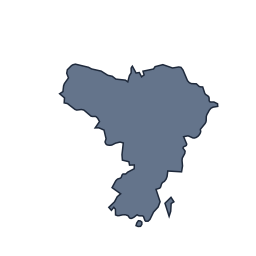 Valladolid, Robinson projection, rotated 213°
{"feature_id": "ESP-5850", "entity_name": "Valladolid", "entity_type": "Autonomous Community", "adm_level": 1, "iso_a3": "ESP", "parent_name": "Spain", "parent_adm1": "", "projection": "robinson", "projection_center": [-4.954, 41.703], "detail": "fine", "context": "isolated", "style": "filled", "palette": "slate", "viewbox_px": 256, "rotation_deg": 213, "n_neighbors": 0, "source": "natural_earth", "source_scale": "10m", "svg_char_len": 2291}
<svg xmlns="http://www.w3.org/2000/svg" viewBox="0 0 256 256"><g transform="rotate(213 128 128)"><path d="M210.6,143.8L209.4,149.5L208.6,151.1L206.9,152.9L194.2,157.4L190.7,157.7L181.5,161.1L173.7,161.2L169.4,162.8L164.8,162.4L156.3,166.7L153.3,166.6L155.3,172.6L155.4,175.7L155.7,176.5L157.9,179.8L158.1,180.7L158.0,182.2L151.2,178.5L148.7,180.7L144.5,178.3L143.4,181.3L146.4,183.8L138.7,191.4L138.7,194.2L133.3,200.1L123.3,202.6L118.7,206.8L116.6,207.7L113.5,206.6L103.9,200.1L101.3,199.4L99.1,199.7L94.7,202.3L91.1,201.6L89.6,202.0L87.7,203.1L82.4,198.8L81.1,198.4L78.4,198.4L77.2,198.1L76.3,197.3L74.9,195.2L73.9,194.6L73.0,194.7L70.1,196.6L66.1,197.1L64.5,195.0L68.0,191.8L69.2,189.8L69.5,187.3L69.1,182.0L68.6,180.3L66.4,176.7L65.9,175.3L65.8,173.5L66.6,166.4L66.1,165.6L65.3,165.0L64.7,163.5L64.5,161.4L64.8,159.2L65.6,157.3L66.8,155.8L68.2,155.0L72.8,154.3L73.8,153.8L76.6,151.0L70.0,146.5L69.6,145.2L70.0,144.2L70.8,143.1L71.2,142.0L70.8,141.0L67.5,139.7L66.5,137.5L66.1,132.4L65.0,130.2L61.6,125.9L59.2,120.4L71.2,113.6L68.8,108.6L68.2,105.9L68.4,103.1L69.4,101.0L69.4,99.3L68.5,96.3L68.6,94.9L71.1,91.8L60.9,83.6L59.7,78.1L60.8,71.4L59.8,63.3L60.4,60.8L62.5,59.4L63.5,59.7L66.8,62.2L68.1,62.2L70.5,60.6L71.8,60.1L72.3,60.2L72.6,60.3L72.8,60.3L73.2,59.9L73.4,59.4L74.4,56.4L75.7,54.2L76.6,53.6L77.7,53.4L80.3,54.5L83.0,53.8L85.3,52.2L87.9,49.5L89.2,48.7L91.1,48.3L94.3,53.0L96.7,53.8L97.1,49.9L100.9,51.0L99.1,58.7L99.6,64.7L98.3,68.8L108.9,69.3L109.5,76.9L109.3,78.3L108.9,79.6L107.0,81.9L106.8,82.8L107.4,85.6L107.2,86.6L106.5,87.2L105.7,87.6L105.0,88.1L104.7,88.7L104.2,90.8L100.6,97.2L102.6,100.4L106.5,97.7L108.9,100.2L115.2,98.0L118.5,102.3L123.8,112.9L127.0,111.9L130.2,108.5L132.3,104.9L134.0,103.5L135.9,102.6L136.8,102.4L137.6,102.5L139.1,103.3L139.7,103.9L140.5,107.0L147.0,113.2L152.5,112.3L155.6,110.2L155.4,117.9L158.8,119.7L160.8,120.1L161.7,119.9L164.1,118.3L165.5,117.8L174.9,119.0L177.2,118.1L180.8,115.1L182.6,114.7L192.1,115.5L195.2,114.3L197.7,118.7L204.0,119.5L202.4,123.1L205.0,128.3L205.5,130.6L205.2,137.6L209.2,140.5L210.6,143.8ZM45.4,76.3L56.0,85.0L54.2,93.3L49.3,91.1L50.7,88.2L46.8,81.4L45.4,76.3ZM68.1,50.5L68.9,53.1L68.8,55.9L67.0,56.8L65.1,56.6L63.9,54.7L63.9,52.4L65.9,50.9L68.1,50.5Z" fill="#64748b" stroke="#1e293b" stroke-width="1.5"/></g></svg>